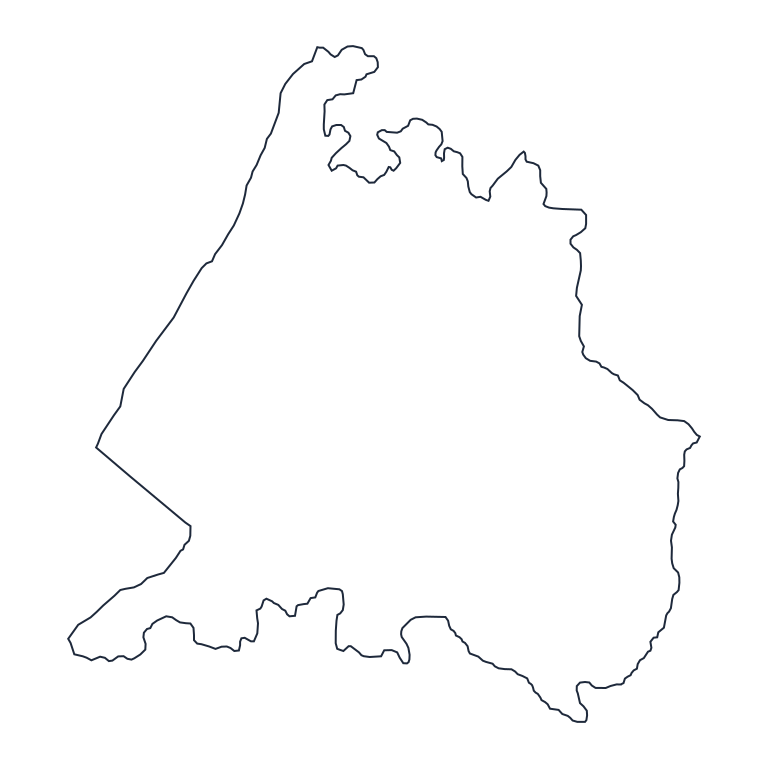 the district of Ashqelon, HaDarom, Israel
{"feature_id": "584046B11408100439208", "entity_name": "Ashqelon", "entity_type": "district", "adm_level": 2, "iso_a3": "ISR", "parent_name": "Israel", "parent_adm1": "HaDarom", "projection": "orthographic", "projection_center": [34.744, 31.637], "detail": "fine", "context": "isolated", "style": "outline", "palette": "slate", "viewbox_px": 768, "rotation_deg": 0, "n_neighbors": 0, "source": "geoboundaries", "source_scale": "gbopen_adm2", "svg_char_len": 6083}
<svg xmlns="http://www.w3.org/2000/svg" viewBox="0 0 768 768"><path d="M621.0,684.5L621.2,684.2L623.5,683.1L624.9,678.6L627.6,676.7L630.6,675.2L631.6,672.9L633.7,670.4L636.9,668.7L637.7,664.1L640.0,660.2L643.8,658.1L648.0,651.7L650.4,650.7L651.4,647.8L650.4,641.8L653.6,637.7L657.2,637.3L658.3,632.3L663.9,627.7L666.2,615.4L667.5,613.1L669.0,611.7L670.9,608.2L672.2,599.0L673.4,594.9L676.9,592.1L678.6,590.1L679.4,582.8L679.3,577.3L678.1,572.5L673.7,568.2L672.2,563.3L671.6,558.7L671.9,547.4L671.0,540.7L671.9,534.7L675.3,527.5L675.7,524.8L673.1,521.5L673.9,516.9L674.9,513.6L676.5,509.9L677.7,505.3L678.4,501.0L677.9,493.8L678.3,488.0L678.4,482.0L677.4,478.4L678.1,472.9L679.8,469.4L682.4,468.0L684.1,466.2L684.4,460.9L684.2,454.7L684.8,451.4L686.6,449.4L690.1,447.9L691.4,445.4L693.1,443.4L696.7,442.5L699.8,436.5L696.8,434.9L694.2,431.8L692.0,428.4L688.5,424.2L684.2,421.1L677.6,420.3L668.2,420.0L660.1,417.4L657.0,414.5L652.0,408.8L647.9,405.2L644.4,403.3L639.6,399.7L637.7,395.1L632.7,390.1L623.8,382.9L619.8,380.3L617.9,375.5L614.0,374.3L611.9,373.1L607.4,369.0L604.0,367.5L601.4,366.8L599.5,363.4L596.2,361.6L590.1,360.8L585.8,358.2L583.2,354.6L582.3,352.0L583.9,346.4L580.8,340.9L579.2,336.2L579.7,316.1L581.9,304.8L576.1,295.9L576.9,287.8L580.8,270.4L581.0,266.2L580.8,260.5L580.1,253.1L576.9,249.8L573.4,247.4L570.5,243.7L570.5,239.7L573.2,236.3L576.0,235.1L580.8,232.2L585.3,228.2L586.1,223.9L586.1,215.0L581.3,209.7L562.4,209.0L553.3,208.3L549.0,207.6L545.2,206.1L543.5,204.0L546.4,196.1L546.6,192.5L546.3,188.9L540.9,182.8L540.2,176.2L540.2,170.2L538.3,165.6L533.5,163.2L526.7,161.7L525.5,159.4L525.5,156.2L524.9,152.9L523.7,151.6L519.6,154.8L515.4,159.9L511.3,167.0L506.7,171.4L497.8,178.7L492.6,185.7L490.5,188.0L489.7,191.3L490.3,196.6L488.5,200.8L485.9,199.9L480.5,196.8L476.1,197.5L471.4,194.2L469.8,192.1L468.3,186.5L467.8,181.3L466.5,178.0L462.8,174.0L462.3,166.3L462.4,156.9L460.1,153.3L457.3,152.2L453.8,151.3L450.8,148.8L447.7,147.7L444.7,149.2L444.0,153.3L444.1,157.8L443.8,160.0L441.8,161.1L441.2,158.4L436.7,157.1L435.4,155.2L435.6,152.4L436.5,150.5L439.1,146.8L441.3,144.4L442.6,141.1L441.7,131.8L439.6,129.0L436.6,126.5L432.5,124.8L428.3,124.4L426.3,122.5L422.2,119.8L416.9,118.6L413.0,118.8L410.2,120.3L408.1,125.8L402.7,128.7L400.8,131.3L397.1,132.7L386.7,131.9L384.7,130.1L381.9,130.1L377.8,132.3L377.2,134.8L378.9,138.5L386.4,143.0L389.0,146.7L390.3,150.1L394.2,151.4L396.9,155.1L399.3,157.4L400.2,162.9L396.2,168.2L393.6,170.7L391.7,169.8L390.3,167.3L388.7,167.0L386.4,171.7L384.2,174.9L380.6,176.3L377.4,179.1L374.4,182.5L369.1,182.7L363.5,177.3L358.9,176.7L357.3,175.3L356.1,171.7L352.6,170.3L349.4,167.8L346.0,165.6L343.4,165.0L337.6,165.6L336.1,168.3L331.7,170.7L328.5,165.0L330.9,160.8L331.7,157.8L335.9,153.2L341.4,148.1L346.0,144.3L349.4,140.9L350.4,136.1L348.4,132.7L345.0,130.8L343.8,127.0L341.1,125.0L336.3,125.0L332.1,126.4L330.5,129.4L329.5,134.5L328.3,135.9L325.3,135.7L323.8,129.2L323.8,124.4L324.6,111.3L324.4,104.5L327.3,100.1L332.5,99.3L335.7,95.4L340.1,94.2L344.3,94.4L353.2,93.2L356.6,80.1L361.4,79.5L365.5,76.7L366.5,74.3L374.3,71.9L377.9,67.2L377.7,62.2L376.3,58.2L373.9,56.2L367.9,56.2L365.1,54.2L363.4,49.9L361.8,48.1L353.0,46.1L347.5,46.5L341.7,49.8L337.9,55.4L334.7,57.0L330.6,54.4L328.4,51.8L323.2,47.7L319.8,47.7L317.3,47.2L312.0,61.3L304.2,64.0L293.0,74.0L285.3,83.9L280.6,93.2L278.7,112.8L270.9,133.6L266.9,138.9L264.7,147.9L260.6,155.3L256.6,165.0L252.6,171.5L251.0,177.7L246.6,185.5L245.1,194.5L242.9,203.5L239.4,213.4L233.8,225.5L228.2,234.2L222.0,245.1L215.1,254.1L212.0,261.3L206.4,263.4L201.7,268.1L193.6,280.8L186.5,293.3L173.7,317.5L156.2,340.8L142.8,361.0L134.7,372.0L123.7,388.9L120.3,406.4L113.9,415.3L101.5,434.0L97.9,443.7L96.1,447.5L130.2,476.5L185.3,522.5L190.5,526.1L190.3,535.8L188.9,540.8L184.5,544.8L183.1,549.4L180.5,550.8L175.9,557.9L163.9,572.9L158.1,574.5L147.3,578.0L141.1,584.0L133.9,587.4L125.5,588.8L120.3,590.0L114.5,595.7L103.2,605.5L96.8,611.8L90.6,617.4L78.2,624.8L68.2,638.8L70.6,643.0L74.3,654.3L82.8,656.3L86.6,657.7L91.4,660.3L100.1,656.7L104.9,657.8L108.9,661.1L112.4,660.6L118.2,656.4L123.6,656.2L127.4,658.8L131.5,659.6L134.3,658.3L140.3,654.5L145.3,649.6L145.6,643.9L143.4,637.3L143.9,632.7L147.0,629.0L150.3,628.1L152.4,623.9L157.2,620.5L166.2,616.3L172.2,617.3L176.1,620.1L180.0,622.4L185.8,623.2L190.4,623.5L193.5,627.9L194.0,635.2L194.0,640.2L197.2,643.6L201.4,644.2L209.2,646.5L215.5,648.9L221.6,646.7L226.8,646.5L230.5,648.0L234.3,651.0L238.9,650.5L240.1,645.2L240.1,641.7L241.4,638.3L244.7,637.8L250.9,641.3L253.9,641.3L257.3,633.4L258.0,623.3L257.2,618.2L256.5,610.4L260.3,608.6L261.6,606.6L263.6,600.4L266.4,598.7L272.1,601.3L273.8,603.0L278.3,604.9L282.0,609.0L285.3,610.7L287.1,614.3L289.5,616.3L295.0,615.8L296.6,606.3L298.1,605.1L303.7,604.1L307.4,603.7L310.6,598.1L315.3,597.4L317.1,592.7L318.4,591.0L327.9,588.2L339.4,589.3L342.0,591.1L342.8,594.2L343.7,604.5L342.8,610.1L340.2,613.4L337.4,614.9L336.5,620.7L335.8,630.6L335.7,643.2L337.2,648.8L340.1,649.9L343.4,651.0L348.6,646.2L350.8,646.2L359.0,652.4L361.4,655.2L363.7,656.2L369.7,657.0L381.1,656.3L384.2,650.3L391.7,650.1L397.2,652.4L399.7,657.7L403.3,663.2L407.0,663.4L408.6,662.1L409.4,659.5L409.6,654.8L408.4,647.9L406.5,643.8L401.7,637.0L401.1,634.2L401.3,631.3L402.4,628.1L410.7,619.8L415.6,617.3L426.1,616.6L445.5,617.0L448.1,620.7L449.2,625.8L450.8,629.3L453.6,630.9L455.3,633.1L455.9,635.5L459.5,637.2L461.6,639.2L462.5,641.5L465.0,642.9L467.6,646.2L468.6,651.1L469.9,653.5L478.3,656.6L482.9,660.7L486.0,661.9L492.6,663.7L494.8,666.3L498.6,668.3L504.7,669.1L511.5,669.3L515.1,671.5L517.7,674.2L522.5,676.0L527.2,678.4L528.9,682.7L530.8,683.9L532.1,685.2L533.0,687.5L533.8,690.7L535.6,692.6L537.8,693.9L540.4,697.6L541.5,700.1L545.1,702.1L547.7,704.3L550.0,708.7L558.6,709.9L562.3,714.0L567.8,715.9L570.2,717.8L572.6,720.5L577.4,721.9L585.0,721.9L586.4,720.1L587.1,715.3L586.8,710.7L583.5,706.3L580.0,703.1L577.8,693.4L576.7,690.5L576.8,686.1L580.0,682.6L585.0,682.0L589.3,682.5L591.8,685.5L595.5,687.9L605.7,688.0L610.5,686.0L616.6,684.4L621.0,684.5Z" fill="none" stroke="#1e293b" stroke-width="2"/></svg>